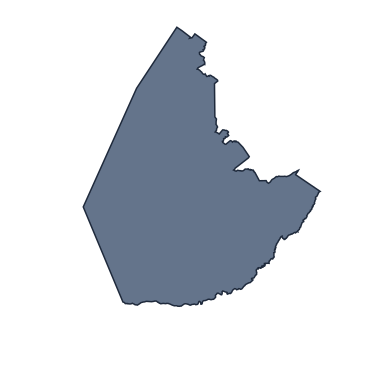 outline of Santa Rosa, Catamarca, Argentina, rotated 216°
{"feature_id": "61730980B62858565899892", "entity_name": "Santa Rosa", "entity_type": "district", "adm_level": 2, "iso_a3": "ARG", "parent_name": "Argentina", "parent_adm1": "Catamarca", "projection": "robinson", "projection_center": [-65.467, -28.089], "detail": "fine", "context": "isolated", "style": "filled", "palette": "slate", "viewbox_px": 384, "rotation_deg": 216, "n_neighbors": 0, "source": "geoboundaries", "source_scale": "gbopen_adm2", "svg_char_len": 5870}
<svg xmlns="http://www.w3.org/2000/svg" viewBox="0 0 384 384"><g transform="rotate(216 192 192)"><path d="M301.1,316.4L297.8,243.4L271.2,116.0L183.2,62.4L182.0,62.8L180.9,62.7L180.6,62.5L179.8,62.8L179.0,63.7L178.4,63.7L178.1,64.1L177.4,64.3L176.2,65.1L175.4,65.9L174.9,66.9L172.6,67.3L171.8,67.3L170.5,68.1L169.8,68.3L169.1,69.8L168.5,71.5L168.4,72.2L166.9,74.2L165.8,75.2L164.7,76.7L160.2,79.5L158.6,81.1L157.9,82.0L156.6,82.8L154.8,82.7L154.3,83.0L153.1,82.8L152.7,83.1L151.9,83.1L151.5,83.3L150.2,84.6L149.6,85.1L147.5,86.3L147.1,86.9L145.9,87.8L143.6,88.5L141.8,88.8L139.5,89.5L137.7,90.9L137.2,91.1L136.7,91.1L134.9,92.2L134.6,92.7L133.7,93.3L132.7,96.3L132.1,97.4L130.9,98.2L129.9,98.5L129.6,98.8L127.1,99.3L126.5,99.8L126.0,101.0L125.2,101.6L124.4,102.6L123.6,103.0L122.9,103.0L122.6,103.1L122.0,103.9L121.7,104.1L121.5,104.4L121.4,105.0L122.0,107.5L121.8,107.8L120.5,107.9L119.7,107.4L119.0,106.5L118.4,106.8L118.2,107.1L118.2,107.4L118.4,108.2L118.8,108.8L119.0,110.1L118.8,110.8L118.5,111.2L117.7,111.7L117.4,112.1L116.5,113.4L115.9,114.7L114.6,115.6L113.3,116.0L112.6,116.9L111.6,117.8L111.2,119.0L111.1,120.9L112.3,122.1L112.3,122.8L112.0,123.7L112.2,124.7L111.5,125.5L111.2,125.6L109.9,125.7L109.2,126.0L108.3,125.9L107.6,126.3L107.6,126.6L108.0,127.7L108.3,128.2L109.0,128.8L109.0,129.8L108.8,130.1L106.1,130.8L104.8,131.4L104.5,131.4L104.3,131.1L104.0,130.3L103.8,130.2L103.2,130.3L103.2,130.5L102.5,131.4L102.3,131.9L101.2,132.5L101.2,133.2L100.9,133.6L101.4,136.4L100.7,138.9L99.9,139.3L98.4,139.2L98.1,139.8L97.6,140.1L97.4,141.3L96.7,141.7L95.7,141.7L95.1,142.3L94.7,143.1L94.6,146.3L94.4,146.8L94.2,147.6L94.4,148.4L92.6,152.0L91.8,152.7L91.2,155.1L91.0,156.6L91.9,156.4L92.6,156.6L92.9,156.9L92.8,157.4L91.6,158.6L91.4,159.1L91.7,162.2L91.4,162.5L91.3,163.1L91.4,163.6L92.3,164.6L92.3,164.8L92.5,164.8L92.8,165.3L93.9,166.2L94.2,166.6L94.0,167.5L94.0,168.5L93.2,168.8L93.4,169.2L93.9,169.5L93.7,169.9L92.8,170.2L92.5,170.9L92.3,170.9L91.8,170.6L91.5,170.8L91.4,171.1L91.6,171.3L91.6,171.6L91.5,171.8L91.7,172.5L91.1,172.2L90.9,172.3L90.4,173.1L90.8,173.4L91.1,173.5L91.3,173.8L91.2,174.3L91.0,174.6L89.9,174.5L89.7,174.7L89.8,175.1L90.0,175.3L89.9,176.0L90.3,176.4L90.6,176.4L90.8,176.2L91.4,176.7L90.3,177.8L89.6,178.1L88.9,178.9L87.7,179.6L88.7,180.8L88.7,181.5L88.9,181.6L88.7,182.9L88.7,183.8L88.8,184.0L88.7,184.5L88.2,185.1L87.8,185.0L87.5,185.1L87.3,185.5L87.6,186.9L87.3,187.2L87.4,187.8L88.6,188.9L89.3,190.1L90.2,191.0L89.9,191.5L89.5,191.8L89.7,192.1L90.0,192.8L90.8,193.5L91.1,195.2L91.4,195.3L91.5,195.0L91.7,195.8L91.6,196.5L91.9,196.7L92.1,196.5L92.3,196.7L92.7,198.5L92.6,199.1L93.1,199.6L93.0,201.7L93.4,203.4L93.2,203.8L93.4,204.1L93.4,206.1L93.6,206.5L93.7,207.0L93.6,208.6L93.1,209.2L92.8,208.5L91.6,208.0L91.1,207.9L90.9,208.1L89.7,207.8L89.7,208.1L89.0,208.3L88.9,208.6L89.1,209.1L88.9,209.5L88.5,209.9L88.6,211.3L88.4,211.7L88.6,213.1L88.5,213.8L87.2,215.6L87.1,216.4L86.4,216.6L85.3,219.4L84.9,219.9L84.2,219.8L83.8,221.5L83.6,221.8L82.9,222.0L83.6,222.7L83.2,224.8L83.6,226.3L83.9,226.7L83.5,227.5L84.2,229.4L84.9,231.9L84.7,232.6L84.2,233.7L84.7,234.1L85.5,234.3L85.6,234.8L85.2,235.4L85.1,236.0L85.2,236.5L85.1,236.9L84.4,237.2L84.5,239.3L84.7,240.0L85.4,240.5L85.2,241.4L85.6,242.9L85.1,244.0L85.2,244.9L84.9,246.1L85.5,246.8L85.1,247.5L85.0,247.8L85.1,248.1L85.0,248.3L85.1,248.7L85.5,249.1L85.4,249.3L85.6,249.9L85.5,250.4L85.6,251.0L85.9,250.8L86.1,250.9L86.1,251.4L85.8,251.8L85.8,252.1L86.3,252.5L86.3,252.8L86.0,253.9L86.1,254.9L86.9,255.5L87.0,256.0L87.0,256.5L87.5,257.3L87.7,259.2L88.3,259.4L89.0,260.4L88.8,261.2L88.5,261.6L88.5,262.7L88.6,263.2L88.8,263.5L88.8,263.9L88.9,265.1L89.3,265.6L89.3,265.9L89.1,266.4L89.2,266.8L88.7,267.8L118.3,266.9L118.5,268.1L118.5,270.6L118.7,272.1L119.5,270.7L119.6,269.9L121.4,267.2L122.1,264.5L123.0,262.3L124.5,260.1L126.3,259.2L127.0,258.5L129.9,256.4L131.1,255.9L131.7,254.7L132.9,254.0L133.5,251.5L134.6,249.1L134.6,245.8L135.3,244.0L137.1,244.0L138.7,244.8L144.1,240.7L152.6,244.8L153.1,244.6L153.6,245.0L154.4,245.0L154.5,245.3L155.1,245.4L155.1,245.6L155.5,245.7L156.3,244.9L156.9,245.0L157.4,244.7L157.7,244.0L158.2,244.4L158.6,244.0L159.8,243.3L160.2,243.7L161.1,242.7L162.5,241.8L162.7,240.6L163.1,239.3L164.0,238.2L165.0,238.0L165.2,237.6L167.9,236.4L168.2,235.6L168.3,235.1L168.6,234.8L169.7,234.4L170.2,234.4L171.2,234.2L170.8,235.4L171.1,236.6L166.4,252.8L166.5,254.3L177.0,258.1L184.0,259.4L185.7,258.7L186.1,259.1L186.7,258.8L186.6,258.5L186.7,257.9L187.9,258.1L188.2,257.4L188.6,256.1L189.8,256.5L191.0,256.2L191.3,255.7L192.4,251.6L192.5,250.9L193.2,250.1L196.3,250.2L196.8,250.5L196.7,250.9L197.0,251.0L196.6,251.6L196.9,252.1L197.1,253.0L197.8,253.8L196.9,254.6L196.8,255.2L197.4,256.3L196.3,256.7L196.0,257.3L195.5,259.3L196.7,259.8L197.7,260.0L197.9,260.6L197.6,261.2L197.7,261.9L199.0,262.2L200.5,262.0L201.1,261.4L202.4,261.1L203.7,260.3L204.1,254.9L205.5,254.9L207.5,254.6L208.5,254.2L208.5,256.5L209.3,257.6L209.5,259.6L211.5,260.6L212.2,260.7L212.6,261.1L212.8,261.7L213.7,262.8L215.1,265.4L217.4,266.1L217.8,266.4L237.5,292.9L236.4,296.9L237.1,297.5L238.5,297.6L240.7,297.5L241.9,297.7L243.4,297.4L245.0,297.4L245.8,297.2L246.1,297.0L246.2,295.8L247.0,295.8L247.2,295.1L247.7,294.3L248.0,294.1L250.8,295.3L250.9,294.6L251.3,294.3L252.1,294.0L253.6,294.2L254.7,294.7L255.8,294.7L257.1,295.0L259.1,294.9L260.0,294.4L260.2,295.7L259.7,297.1L257.7,301.0L257.5,302.1L256.6,302.6L257.2,303.3L257.3,303.8L258.9,305.1L260.2,305.3L261.1,308.0L261.4,307.9L262.3,308.1L264.6,307.5L265.9,307.9L266.7,307.8L267.9,309.0L268.0,309.4L267.3,310.5L265.8,312.3L265.8,312.9L265.9,313.7L266.6,313.8L266.1,314.8L266.0,315.3L266.2,315.7L266.7,316.6L267.3,316.5L267.8,316.7L267.9,317.3L267.3,318.2L267.5,319.1L268.3,319.6L268.3,321.6L282.6,321.6L282.6,316.9L284.3,315.0L284.3,316.3L294.8,316.6L301.1,316.4Z" fill="#64748b" stroke="#1e293b" stroke-width="1.5"/></g></svg>